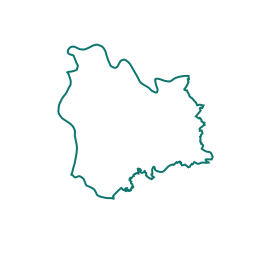 Hung Ha, Thái Bình, Vietnam, rotated 27°
{"feature_id": "81297802B42785936874032", "entity_name": "Hung Ha", "entity_type": "district", "adm_level": 2, "iso_a3": "VNM", "parent_name": "Vietnam", "parent_adm1": "Thái Bình", "projection": "albers", "projection_center": [106.238, 20.593], "detail": "fine", "context": "isolated", "style": "outline", "palette": "teal", "viewbox_px": 256, "rotation_deg": 27, "n_neighbors": 0, "source": "geoboundaries", "source_scale": "gbopen_adm2", "svg_char_len": 5739}
<svg xmlns="http://www.w3.org/2000/svg" viewBox="0 0 256 256"><g transform="rotate(27 128 128)"><path d="M213.8,113.0L212.8,112.5L211.8,112.4L210.7,112.6L208.9,113.3L207.4,113.5L203.1,113.1L203.0,109.5L202.5,109.2L200.6,108.8L200.3,108.9L200.1,108.8L200.1,108.6L200.3,108.0L200.2,107.9L199.7,107.9L199.1,107.5L198.5,107.4L198.4,107.2L198.4,106.6L198.2,106.4L198.2,106.1L197.8,105.7L197.6,105.1L197.2,104.1L196.1,102.9L196.7,101.9L196.1,100.9L196.8,99.1L196.7,98.7L194.7,96.8L193.3,97.9L192.7,96.9L192.2,96.4L192.4,95.2L192.6,94.7L193.3,93.4L193.7,92.3L194.8,90.4L194.3,90.2L194.0,90.1L193.8,88.6L193.3,88.6L192.9,89.2L191.1,88.7L190.5,88.7L190.3,88.6L190.0,87.7L189.5,87.3L187.3,86.3L187.0,86.6L186.9,87.2L185.3,87.2L184.0,86.9L183.2,86.9L184.3,81.9L184.5,81.2L184.8,79.5L184.5,79.4L184.0,78.6L183.8,78.4L183.4,78.3L183.5,78.1L183.3,77.6L183.2,77.2L183.4,77.0L183.8,76.7L184.8,76.6L185.1,76.5L185.2,76.4L185.0,73.6L184.7,73.7L184.0,74.1L181.8,74.5L181.0,74.9L180.1,75.6L179.6,76.3L179.3,76.4L178.7,75.8L177.6,75.0L176.9,74.4L175.4,74.0L172.8,72.9L171.0,72.2L169.6,72.3L167.9,71.4L167.5,70.7L164.4,68.6L163.6,67.8L163.2,68.1L162.8,68.2L162.4,68.0L161.1,68.3L160.7,68.2L160.6,67.6L160.9,66.0L161.2,64.0L161.1,63.2L161.2,62.0L161.1,59.6L160.6,59.4L160.4,59.1L159.2,57.3L160.1,56.9L158.4,54.2L156.6,54.9L154.5,56.1L152.9,57.2L149.8,59.6L147.6,61.9L147.0,62.7L144.9,66.6L144.5,67.1L143.9,67.7L141.7,68.6L138.9,69.4L137.0,69.7L134.7,69.9L133.5,70.2L132.4,70.5L131.4,71.0L130.5,71.6L130.3,71.9L130.2,72.2L130.3,72.8L131.9,75.0L134.0,77.4L136.7,80.0L137.0,80.5L137.5,81.9L137.6,82.7L137.5,83.1L137.2,83.5L136.7,83.8L136.0,83.9L132.6,84.0L131.6,83.8L128.8,82.9L127.9,82.7L126.8,82.6L121.8,82.3L119.6,82.0L118.3,81.7L117.4,81.2L113.7,78.5L101.0,70.2L97.8,69.0L97.1,68.9L94.8,68.6L94.2,68.6L93.7,68.8L92.9,69.2L91.5,70.7L91.1,71.6L90.9,72.3L90.8,73.2L90.8,74.8L90.7,77.8L90.6,78.5L90.2,79.2L89.4,80.1L88.2,80.6L87.2,80.7L84.9,80.6L84.1,80.3L80.4,77.3L77.9,75.0L75.8,72.9L74.1,71.0L72.5,69.4L69.4,67.6L68.4,67.3L67.4,67.2L64.2,67.4L62.8,67.7L61.9,68.2L60.9,68.9L60.3,69.5L58.9,71.1L56.4,74.6L54.0,77.4L52.5,78.4L51.4,78.9L49.8,79.5L49.1,79.7L45.3,79.8L43.2,80.0L42.4,80.3L41.6,80.7L41.0,81.2L40.4,81.7L39.8,82.7L39.3,84.5L39.2,85.2L39.4,86.5L39.8,87.7L40.2,88.1L41.4,88.7L42.1,88.8L46.2,88.2L46.6,88.3L46.9,88.4L52.6,93.5L54.8,95.0L55.1,95.3L55.2,95.7L55.8,98.5L55.9,99.0L55.8,99.5L55.4,100.1L53.7,101.9L51.2,103.9L49.4,105.1L48.7,105.9L49.9,106.5L50.6,106.9L51.3,107.8L54.4,110.6L55.7,112.3L57.0,115.0L57.2,116.0L57.0,119.3L57.1,124.9L57.0,125.9L56.3,128.8L56.0,131.0L55.9,132.1L55.9,136.5L56.1,138.1L56.3,139.3L56.8,140.7L57.9,143.7L58.3,144.6L59.2,145.8L59.9,146.6L61.6,147.7L62.8,148.3L64.8,149.1L65.7,149.3L67.0,149.5L74.3,150.4L75.7,150.7L77.4,151.3L79.1,152.1L79.8,152.7L81.2,153.8L81.8,154.4L82.8,156.1L83.7,158.2L84.1,159.0L89.5,165.8L91.1,168.1L92.2,170.3L93.7,174.1L96.1,182.1L96.8,185.0L97.2,187.6L98.4,192.7L98.7,195.3L100.4,195.3L102.9,196.1L103.3,196.0L104.1,195.5L105.4,193.9L106.2,193.2L107.0,192.9L109.1,192.9L111.7,193.7L112.1,193.9L116.4,197.8L116.7,197.9L117.1,198.0L118.1,198.0L121.0,197.8L123.2,197.8L124.1,197.8L125.0,198.0L125.8,198.2L126.8,198.7L128.6,199.9L130.3,201.3L130.9,201.7L131.5,201.8L133.8,201.8L138.9,200.7L140.9,200.0L143.0,199.1L143.9,198.5L145.8,197.8L147.2,197.5L147.1,197.1L146.7,196.4L145.7,195.7L145.9,195.2L145.9,194.0L147.7,188.5L149.0,184.9L149.2,184.4L149.4,184.4L150.8,185.0L152.1,185.4L152.3,185.3L152.5,185.0L153.0,184.3L153.2,183.9L153.2,183.4L153.5,183.0L153.7,182.3L154.1,182.1L154.2,182.6L154.6,182.8L154.6,183.0L154.4,183.6L154.5,184.0L154.4,184.2L154.3,184.3L153.9,184.2L153.9,184.6L153.7,184.8L153.6,185.0L153.8,185.1L154.0,185.2L154.9,185.2L155.0,185.1L155.2,184.6L155.7,184.3L155.6,183.6L155.9,182.9L156.0,182.9L156.2,183.3L156.4,183.5L157.2,183.8L157.4,183.7L157.1,183.0L157.1,182.8L157.6,182.7L158.6,182.7L158.8,182.4L158.9,182.0L158.8,181.6L158.3,180.7L158.2,180.4L158.7,180.0L158.6,179.6L159.1,179.1L159.6,178.5L159.5,178.2L159.4,178.0L159.1,177.9L158.3,178.0L158.2,177.1L157.3,176.2L157.0,176.0L156.1,176.0L155.8,175.8L155.3,175.1L155.3,174.3L153.3,173.9L153.4,173.2L152.5,172.8L152.7,171.3L153.8,171.3L154.4,168.7L154.9,168.1L154.6,167.9L154.4,167.5L154.2,167.3L154.2,167.1L154.8,166.5L154.8,166.0L155.6,165.5L155.6,164.7L155.8,164.4L156.2,164.2L157.9,164.0L158.1,163.9L157.9,163.4L157.3,162.8L156.5,161.6L155.2,159.9L155.4,159.6L156.8,159.1L157.5,159.1L157.9,159.5L158.7,159.6L158.8,159.7L158.3,160.7L158.5,161.2L158.7,161.5L159.0,161.7L159.8,161.7L160.4,161.8L160.7,161.7L162.6,159.9L162.3,159.4L162.2,159.0L162.4,158.7L162.6,158.7L163.1,159.4L163.6,159.9L164.7,159.9L164.8,160.0L165.2,160.6L165.3,161.3L165.4,161.8L165.7,162.1L166.4,162.1L166.7,162.5L167.6,162.6L170.1,163.1L170.6,163.1L171.4,162.5L172.2,162.9L172.3,162.9L173.4,160.1L172.8,160.1L171.1,159.6L170.3,159.2L170.0,158.7L170.5,158.4L170.6,157.7L170.4,157.3L169.7,156.4L168.9,155.1L168.4,154.1L168.2,151.8L168.4,151.0L169.5,150.9L170.1,151.8L171.1,152.8L171.5,153.0L172.5,153.2L172.9,153.2L174.2,153.1L175.7,152.8L176.6,152.5L177.9,151.9L178.8,151.1L179.4,150.3L179.7,149.5L180.5,146.7L181.3,144.3L181.9,143.1L182.7,141.9L184.1,140.4L184.7,140.1L185.5,140.1L186.8,136.4L187.7,136.7L187.8,136.6L188.5,135.4L189.4,134.3L191.1,134.7L191.2,134.9L190.8,135.6L193.1,136.8L195.5,134.7L199.6,135.6L199.9,134.8L200.0,134.7L200.6,134.6L200.7,133.0L201.1,131.1L202.0,131.1L202.6,128.2L203.8,128.3L205.3,128.4L205.9,128.4L206.7,128.1L207.5,127.5L209.3,125.5L209.7,125.1L211.5,124.3L213.5,123.5L215.6,122.2L215.2,121.9L213.9,122.7L213.7,122.8L213.0,122.0L212.4,121.5L211.7,121.3L211.6,121.2L211.7,120.6L211.9,120.4L216.8,118.0L216.7,115.9L216.4,115.1L215.0,113.9L213.8,113.0Z" fill="none" stroke="#0f766e" stroke-width="2"/></g></svg>